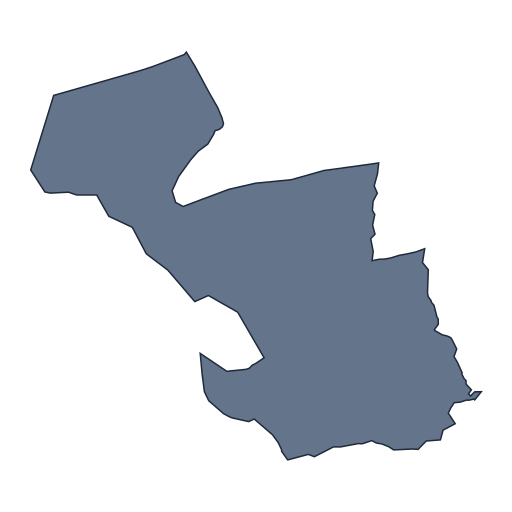 outline of Logo, Benue, Nigeria
{"feature_id": "59680162B24857715869577", "entity_name": "Logo", "entity_type": "district", "adm_level": 2, "iso_a3": "NGA", "parent_name": "Nigeria", "parent_adm1": "Benue", "projection": "albers", "projection_center": [9.31, 7.724], "detail": "fine", "context": "isolated", "style": "filled", "palette": "slate", "viewbox_px": 512, "rotation_deg": 0, "n_neighbors": 0, "source": "geoboundaries", "source_scale": "gbopen_adm2", "svg_char_len": 1905}
<svg xmlns="http://www.w3.org/2000/svg" viewBox="0 0 512 512"><path d="M220.4,114.1L218.2,108.7L217.7,107.6L208.8,92.0L195.0,66.3L186.3,52.1L184.4,54.5L178.2,56.9L152.3,66.7L140.3,70.6L53.7,95.4L30.7,170.0L44.9,192.0L50.4,193.1L68.5,192.2L76.7,195.0L96.7,195.0L108.8,216.3L132.3,227.3L146.3,253.8L167.9,270.2L194.8,301.6L208.4,295.5L237.7,312.2L264.1,357.8L255.6,363.5L252.2,365.2L249.5,368.1L246.3,369.3L238.6,370.1L226.8,371.3L200.2,353.4L202.2,374.8L204.4,391.7L208.8,400.8L223.6,413.7L229.4,416.8L232.1,417.9L248.7,421.6L254.2,419.0L272.5,434.8L278.2,442.6L281.6,449.7L281.6,451.3L287.7,459.9L308.3,454.4L314.4,456.7L333.5,446.9L340.7,446.9L354.0,444.4L358.2,443.6L362.2,443.8L371.8,440.6L376.3,443.0L381.7,443.9L388.7,446.7L393.6,449.9L400.4,449.6L412.1,449.0L418.1,449.4L419.9,447.5L423.0,444.3L426.3,441.0L440.4,439.9L443.1,430.1L455.2,423.7L448.3,413.1L450.7,408.1L454.2,402.7L460.4,402.1L466.5,400.1L469.0,400.2L473.8,399.1L474.7,399.9L481.3,391.7L474.7,391.8L470.5,396.0L468.5,393.9L471.4,389.8L466.1,384.2L466.0,380.5L464.3,379.0L461.9,374.2L462.1,372.6L457.2,361.9L454.0,356.6L456.7,349.0L452.5,340.5L450.8,337.7L448.4,336.5L446.5,335.8L442.4,334.9L434.6,330.4L434.5,329.5L438.3,324.3L438.2,319.0L436.9,316.8L434.0,305.3L431.6,302.5L430.9,300.4L428.2,296.6L427.7,293.8L427.5,293.0L427.9,280.9L428.3,269.7L422.5,262.6L424.7,248.7L415.6,252.0L407.6,253.8L399.3,255.3L390.9,257.9L385.1,259.0L378.9,259.3L372.1,260.7L373.2,251.5L370.7,238.6L375.0,234.2L372.6,225.1L374.8,214.5L372.4,210.5L373.1,201.2L377.3,193.2L374.2,185.9L377.5,173.7L378.7,162.9L372.2,163.9L323.9,170.5L291.7,179.6L288.5,180.0L255.5,183.2L228.9,189.3L216.9,193.8L203.2,198.9L183.1,206.5L175.6,202.4L172.1,190.8L178.6,176.6L190.7,159.8L198.2,151.2L207.4,144.4L207.8,144.1L213.8,134.0L215.1,130.6L217.0,130.2L219.8,129.1L222.5,126.7L223.5,123.6L221.8,117.3L220.4,114.1Z" fill="#64748b" stroke="#1e293b" stroke-width="1.5"/></svg>